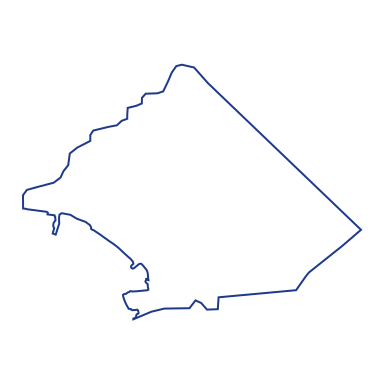 Municipality C, Montevideo, Uruguay
{"feature_id": "84410073B88392224216277", "entity_name": "Municipality C", "entity_type": "district", "adm_level": 2, "iso_a3": "URY", "parent_name": "Uruguay", "parent_adm1": "Montevideo", "projection": "robinson", "projection_center": [-56.204, -34.87], "detail": "fine", "context": "isolated", "style": "outline", "palette": "blue", "viewbox_px": 384, "rotation_deg": 0, "n_neighbors": 0, "source": "geoboundaries", "source_scale": "gbopen_adm2", "svg_char_len": 1848}
<svg xmlns="http://www.w3.org/2000/svg" viewBox="0 0 384 384"><path d="M23.1,208.5L24.1,208.6L25.1,208.7L25.3,208.8L25.9,208.8L26.9,209.2L46.7,211.8L47.8,212.6L47.5,214.4L54.6,215.3L54.9,216.9L55.2,217.0L55.5,220.3L53.7,222.7L53.2,225.3L53.3,226.5L54.2,228.0L52.7,233.5L55.7,234.6L59.2,223.6L59.0,218.0L59.5,214.6L61.7,213.2L70.4,214.8L76.8,218.7L85.6,221.9L89.9,225.1L91.1,227.4L91.1,228.9L92.2,229.7L93.6,230.2L99.3,234.0L108.9,240.9L113.0,243.6L118.1,247.5L123.3,252.4L127.8,256.5L130.5,258.8L132.9,261.6L133.4,263.8L132.0,265.0L131.2,266.0L131.0,267.0L131.5,268.0L132.3,268.5L133.3,268.5L134.4,267.9L139.1,264.0L140.4,263.7L141.1,263.8L141.7,264.1L144.3,267.1L146.6,270.0L147.3,271.6L147.7,273.2L148.4,280.2L147.7,280.0L147.2,279.7L146.7,279.7L146.5,278.9L146.2,279.0L146.4,279.8L145.9,280.2L145.7,280.7L145.4,281.5L145.6,282.0L146.0,282.5L146.9,283.5L147.7,284.1L147.9,287.5L148.3,288.6L148.3,289.7L147.7,290.2L145.8,290.4L142.5,290.7L136.4,291.3L132.1,291.5L130.2,291.1L129.2,292.0L127.6,292.5L126.3,293.7L124.1,294.1L123.0,294.9L123.4,297.4L125.0,301.8L126.6,305.1L128.7,308.8L130.2,308.9L131.3,309.3L131.4,309.8L132.3,310.2L136.3,309.9L137.4,309.7L138.0,310.5L138.4,311.8L138.6,313.1L138.1,313.7L137.0,314.1L136.5,314.8L136.1,315.8L136.2,317.4L133.3,318.6L133.3,319.3L151.4,311.7L164.3,308.6L189.5,308.2L195.5,300.4L201.2,303.0L207.0,309.6L217.8,309.2L218.6,297.3L296.1,290.2L305.7,276.5L308.9,272.5L342.3,245.9L361.0,229.8L207.9,83.1L194.1,67.5L181.8,64.7L176.3,66.1L171.8,72.5L168.1,81.2L163.2,91.4L157.4,93.3L145.7,93.7L142.0,97.8L141.8,103.5L136.3,105.8L127.7,107.9L127.3,113.9L127.2,118.8L121.7,120.8L116.9,125.3L108.8,126.8L100.1,128.9L93.2,130.6L90.3,135.1L90.3,140.9L77.2,147.6L69.8,153.5L68.2,165.2L63.4,171.3L60.5,177.6L53.7,182.7L37.7,186.9L26.9,189.9L23.0,195.2L23.1,208.5Z" fill="none" stroke="#1e3a8a" stroke-width="2"/></svg>